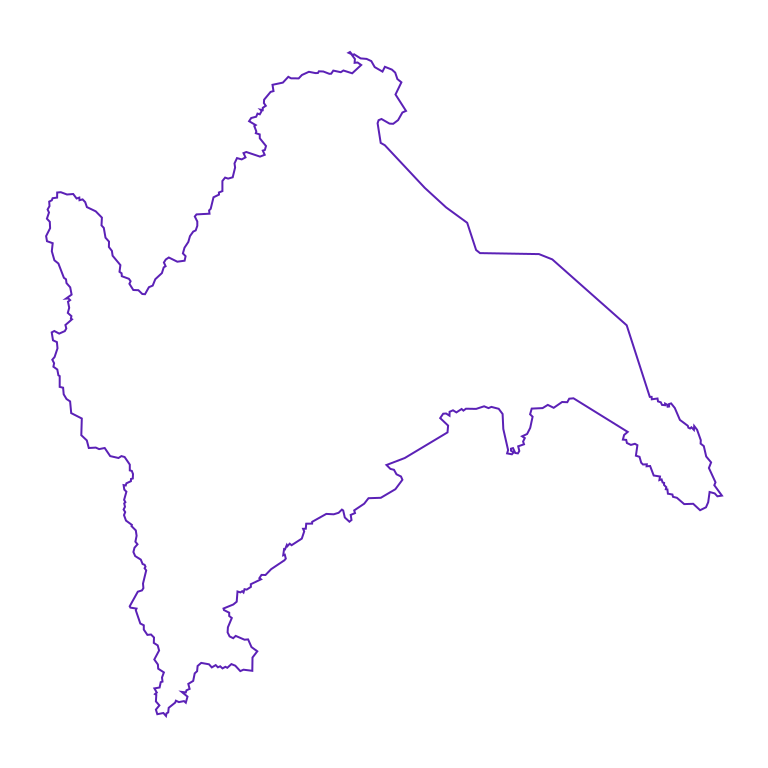 the district of Riosucio, Chocó, Colombia
{"feature_id": "7082276B6840641027062", "entity_name": "Riosucio", "entity_type": "district", "adm_level": 2, "iso_a3": "COL", "parent_name": "Colombia", "parent_adm1": "Chocó", "projection": "albers", "projection_center": [-77.324, 7.341], "detail": "fine", "context": "isolated", "style": "outline", "palette": "violet", "viewbox_px": 768, "rotation_deg": 0, "n_neighbors": 0, "source": "geoboundaries", "source_scale": "gbopen_adm2", "svg_char_len": 6018}
<svg xmlns="http://www.w3.org/2000/svg" viewBox="0 0 768 768"><path d="M252.3,670.8L252.5,657.5L257.3,651.3L251.5,647.1L248.1,639.4L244.5,639.7L235.7,635.9L233.2,638.2L229.6,636.4L227.6,632.4L227.9,627.3L231.8,618.0L229.2,616.0L229.2,612.7L224.0,610.1L223.5,608.5L233.3,604.5L236.7,601.7L237.5,591.5L240.4,592.4L242.2,591.2L243.5,592.5L244.5,589.2L246.7,589.6L250.9,586.9L250.8,584.2L261.0,579.3L259.4,578.1L261.5,574.9L265.5,575.0L271.1,569.2L284.5,560.2L285.8,558.6L284.8,554.7L283.2,555.3L284.1,549.1L285.0,549.4L286.8,545.0L287.4,546.2L289.7,543.7L291.6,545.2L301.8,538.6L304.2,531.4L303.1,528.8L305.8,528.7L306.2,523.7L312.1,523.6L312.2,521.8L326.3,513.9L333.7,514.3L338.6,512.8L341.9,509.6L343.2,510.5L344.8,517.5L349.4,521.7L351.5,520.0L350.7,514.9L355.0,513.1L354.2,510.4L364.2,503.7L368.5,498.2L380.8,497.8L395.4,489.2L402.4,479.8L401.0,476.5L396.5,474.3L394.0,469.8L390.4,468.9L386.5,465.0L404.8,458.0L447.5,432.4L448.1,425.6L440.2,418.1L443.2,413.7L446.1,413.5L449.5,415.7L449.6,411.8L453.0,410.3L456.4,412.4L461.6,409.0L463.4,410.6L466.0,408.7L476.1,408.9L484.1,406.3L488.5,408.1L491.4,406.9L498.7,408.8L502.6,414.0L503.3,429.0L508.1,450.1L507.1,453.4L511.9,454.3L513.6,452.4L511.0,450.7L511.0,448.7L513.0,448.1L515.3,453.0L517.9,453.4L519.3,451.0L518.2,446.3L524.0,444.3L523.1,441.5L524.8,438.1L522.1,436.3L527.1,434.0L530.2,427.9L532.6,416.7L530.1,414.3L531.7,408.6L542.6,408.1L547.8,404.9L553.7,407.8L562.1,402.0L567.3,402.2L569.2,398.7L573.5,398.3L627.7,431.9L624.1,435.0L622.9,439.6L626.2,439.9L626.9,443.0L630.9,444.9L634.9,443.8L637.4,445.2L635.9,455.7L639.5,456.8L641.2,462.7L643.0,464.5L646.8,464.3L646.6,466.3L650.1,466.0L653.7,475.5L660.0,476.5L659.4,480.1L661.6,479.4L662.6,482.5L664.1,482.9L664.0,484.9L666.3,487.2L665.8,489.2L667.4,489.4L667.9,493.7L672.4,494.5L673.0,496.8L676.9,497.8L684.2,504.1L693.2,503.8L700.1,510.2L706.0,507.3L708.2,502.2L709.6,492.0L714.7,493.4L717.4,496.3L721.9,495.6L714.3,485.2L715.5,482.3L708.9,468.0L711.1,462.4L706.2,456.5L703.8,446.1L700.6,443.6L700.8,440.2L697.1,429.8L694.2,426.0L693.9,429.9L691.4,427.3L690.1,428.5L688.4,427.7L687.8,425.8L679.9,419.9L674.8,408.0L671.1,403.4L669.0,404.1L669.1,406.5L667.6,406.7L667.2,404.7L665.1,403.6L665.1,405.2L662.0,404.9L660.8,402.3L658.0,401.4L657.5,398.5L651.8,399.3L651.6,396.9L649.8,396.9L626.7,325.3L552.3,259.4L539.0,254.1L480.0,253.1L476.1,250.0L467.2,222.8L446.1,207.4L424.7,187.8L384.8,145.2L380.7,142.9L377.6,123.2L378.6,120.2L381.5,119.0L389.5,123.6L393.2,123.8L398.1,120.1L402.4,112.5L406.0,110.9L395.5,94.5L401.4,82.3L397.4,79.1L395.2,72.6L391.9,69.6L384.9,66.8L382.5,71.6L374.7,67.1L371.3,61.1L366.6,58.9L360.6,58.4L354.1,54.3L352.8,55.3L350.0,52.0L348.6,52.8L351.2,54.0L354.9,59.0L354.6,62.8L357.6,62.5L361.2,65.0L352.2,73.3L343.4,70.5L340.8,72.2L333.3,70.6L331.2,73.7L329.3,73.8L323.3,71.5L318.9,71.3L317.9,73.0L315.5,73.1L308.9,71.8L301.9,75.0L298.7,78.4L291.0,78.3L288.3,76.8L282.9,82.6L272.5,84.8L273.5,91.1L270.6,91.9L264.1,99.7L263.9,103.1L265.8,105.8L262.8,107.8L262.7,110.1L260.5,109.7L261.7,110.9L259.8,114.3L257.5,113.6L256.2,116.7L251.2,118.0L249.1,121.2L255.7,125.1L254.3,126.1L256.3,131.3L255.8,133.2L259.7,134.4L259.8,138.3L266.0,146.0L264.9,149.9L262.8,150.6L264.7,154.8L260.0,156.6L246.3,152.0L243.5,153.1L245.5,157.4L241.7,159.4L237.0,158.1L234.5,163.4L235.1,167.5L232.7,177.3L228.1,178.6L225.1,177.6L222.4,181.0L222.4,191.1L218.9,192.5L219.0,194.6L213.5,197.3L210.7,208.8L209.1,210.4L209.5,213.7L196.5,214.4L194.8,216.5L197.3,221.5L197.3,225.8L195.7,230.4L193.2,231.6L190.0,236.1L188.3,242.0L184.5,247.7L182.9,253.4L185.6,256.2L184.6,260.7L177.3,261.7L168.8,257.5L165.8,259.5L163.9,262.5L165.6,266.2L163.7,267.4L161.9,273.1L155.3,279.2L152.7,285.6L148.9,287.2L145.0,294.2L142.3,294.0L138.4,290.2L133.3,290.0L129.4,283.8L130.6,281.2L128.9,278.8L121.8,276.2L121.6,273.3L119.5,271.8L120.4,265.1L112.6,255.7L111.9,250.9L108.9,247.0L109.0,241.6L105.5,237.7L103.8,227.9L101.5,225.4L101.9,217.6L95.7,211.3L86.9,207.1L85.2,202.1L82.6,199.4L79.5,200.2L79.3,197.6L76.6,198.5L73.2,194.0L67.0,194.5L60.8,192.2L57.2,192.5L57.1,197.6L52.6,198.2L51.8,200.3L49.2,201.6L49.5,206.1L47.6,209.5L49.0,212.5L46.9,218.7L49.8,221.8L50.1,228.2L46.1,236.1L47.0,241.2L52.7,243.2L51.8,251.2L54.4,260.3L58.4,263.5L63.9,277.8L66.0,279.3L66.5,283.1L70.2,287.3L71.6,294.6L66.0,298.6L68.3,298.4L70.1,300.1L68.0,301.7L69.2,307.8L67.8,312.9L71.4,316.1L70.9,318.6L72.0,319.3L65.4,325.0L66.3,328.5L64.8,331.1L59.2,333.6L54.3,331.0L51.7,332.4L53.0,340.3L56.9,342.1L57.5,348.3L54.6,357.0L52.3,359.7L54.1,363.2L53.4,366.7L57.3,369.5L58.4,375.3L59.7,376.1L59.7,386.9L63.1,387.7L63.7,394.3L66.5,399.0L70.1,401.4L71.2,413.1L81.8,418.5L81.3,435.2L86.8,440.4L88.8,448.0L95.8,447.6L99.1,449.1L104.7,448.0L110.2,456.1L118.5,458.0L121.4,456.1L124.6,457.0L129.8,464.6L129.8,470.4L131.8,470.9L133.0,474.0L132.8,478.5L131.0,479.0L130.9,481.2L126.4,483.3L125.7,485.5L123.6,485.1L124.3,489.6L126.4,491.7L124.1,499.9L125.4,502.2L124.2,503.4L125.0,506.8L123.6,509.5L125.2,512.1L124.0,515.1L126.0,520.6L131.9,524.9L131.5,526.1L135.8,530.4L136.6,535.8L135.4,541.7L137.5,544.3L134.5,547.7L133.4,552.0L135.2,556.1L140.8,559.6L142.6,564.0L144.6,564.8L145.5,566.7L144.6,568.2L146.2,570.4L143.0,583.6L143.4,588.1L142.0,590.4L137.8,591.7L129.7,606.3L130.4,607.6L136.5,608.6L135.8,610.3L140.3,623.5L143.8,625.3L143.8,629.6L147.4,634.9L151.0,634.5L154.0,637.5L153.8,642.9L157.7,645.4L159.1,650.5L154.3,659.5L157.9,664.5L158.2,668.7L163.9,672.4L162.0,677.5L162.5,681.6L160.7,682.2L159.6,687.5L154.4,688.4L156.8,692.6L155.0,694.1L156.3,694.9L155.9,701.4L159.4,705.4L155.9,709.6L157.3,714.2L163.4,713.0L166.0,716.0L166.5,713.4L168.2,712.4L168.7,707.8L175.2,702.6L175.9,700.7L178.9,702.1L184.0,701.1L185.8,702.7L187.5,696.6L181.7,691.9L185.8,692.4L186.5,690.3L189.6,688.9L188.3,683.9L193.2,680.9L194.7,673.4L197.1,671.2L197.6,666.0L201.2,662.9L209.0,664.3L211.8,667.4L215.7,665.1L217.9,667.3L220.2,666.3L222.5,668.4L225.4,666.8L227.3,667.8L231.4,664.1L235.3,665.7L240.3,671.1L243.5,669.7L252.3,670.8Z" fill="none" stroke="#5b21b6" stroke-width="2"/></svg>